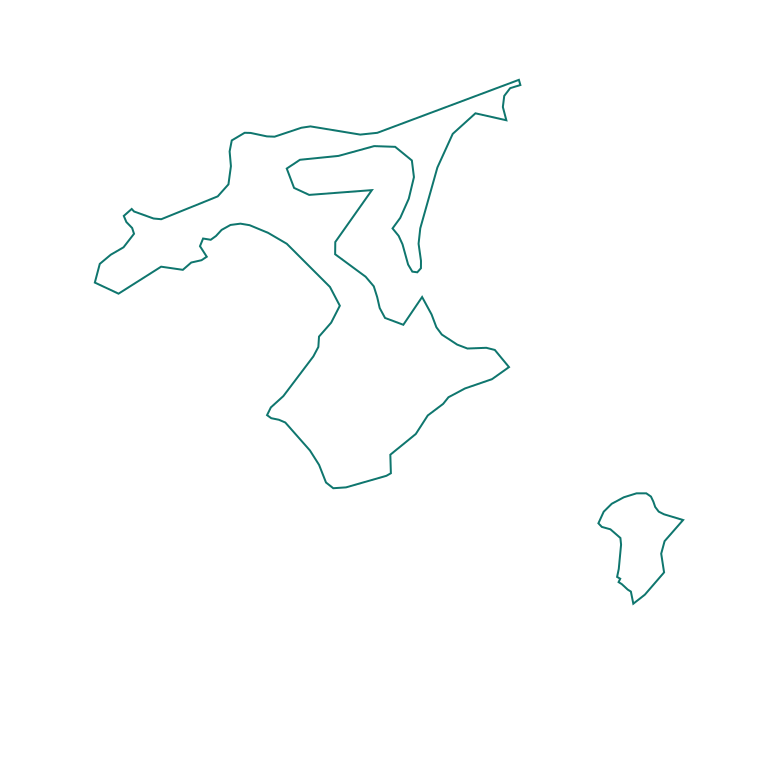 the Special Island Authority of Chatham Islands Territory, rotated 344°
{"feature_id": "NZL-5470", "entity_name": "Chatham Islands Territory", "entity_type": "Special Island Authority", "adm_level": 1, "iso_a3": "NZL", "parent_name": "New Zealand", "parent_adm1": "", "projection": "equal_earth", "projection_center": [-176.452, -44.022], "detail": "fine", "context": "isolated", "style": "outline", "palette": "teal", "viewbox_px": 768, "rotation_deg": 344, "n_neighbors": 0, "source": "natural_earth", "source_scale": "10m", "svg_char_len": 1907}
<svg xmlns="http://www.w3.org/2000/svg" viewBox="0 0 768 768"><g transform="rotate(344 384 384)"><path d="M453.5,275.8L451.4,282.9L446.8,285.8L442.2,283.8L440.1,275.8L440.3,254.8L438.9,245.6L435.1,236.8L445.4,228.8L458.9,212.7L469.8,193.4L472.4,176.8L460.1,159.1L440.1,152.6L403.2,152.2L365.0,145.3L349.9,150.1L351.6,170.7L364.2,181.6L425.8,194.3L376.3,234.1L372.8,245.8L395.9,275.8L401.1,287.3L401.4,298.6L400.8,309.8L403.2,320.8L418.9,332.4L444.6,310.9L448.9,330.3L450.0,343.9L453.2,352.4L465.2,366.3L474.0,372.9L492.3,377.4L499.9,381.8L508.8,402.2L489.2,409.1L460.6,410.6L442.3,414.5L435.4,419.4L417.4,426.3L400.8,440.8L370.6,453.7L366.0,471.7L361.0,472.9L319.0,472.9L306.5,470.2L301.1,462.7L299.3,443.9L294.5,427.5L278.5,393.8L273.1,389.4L266.2,385.8L263.0,381.7L268.8,375.3L283.9,367.9L323.7,338.0L331.1,330.3L334.6,320.5L350.1,310.5L363.1,296.6L358.8,275.8L329.2,222.4L314.3,206.8L298.6,194.3L290.2,190.3L280.3,188.8L270.4,191.1L263.3,195.4L257.2,197.6L250.2,194.3L245.1,200.8L248.7,212.8L242.7,214.7L232.2,214.1L222.1,218.8L202.1,209.8L153.7,224.0L134.0,206.8L143.9,190.2L157.0,184.4L171.3,180.8L185.1,170.7L184.9,164.6L181.0,157.3L180.2,150.7L189.7,146.2L191.3,149.3L208.1,161.4L215.3,164.2L275.9,157.8L289.5,149.2L296.9,132.4L299.7,117.9L304.8,107.9L319.3,104.1L325.0,105.9L339.7,113.7L347.0,116.1L375.2,114.9L384.3,116.1L429.9,137.7L446.8,140.7L597.5,128.8L597.5,134.2L586.8,134.4L579.0,140.2L574.6,150.5L574.3,164.2L546.5,149.0L519.0,162.5L495.0,190.6L461.8,244.3L455.9,258.7L453.5,275.8ZM612.9,582.4L617.2,586.4L634.0,597.2L610.4,612.4L603.7,623.5L601.3,642.3L576.7,658.4L563.1,663.9L564.1,651.6L561.6,648.8L557.4,641.9L554.9,639.1L557.4,636.3L554.9,633.7L558.7,626.5L567.6,603.8L568.8,597.2L561.6,586.1L554.0,581.4L551.7,577.0L560.0,567.3L569.9,561.9L583.3,559.0L596.6,558.7L606.0,561.4L609.6,565.8L610.5,571.3L610.8,577.0L612.9,582.4Z" fill="none" stroke="#0f766e" stroke-width="2"/></g></svg>